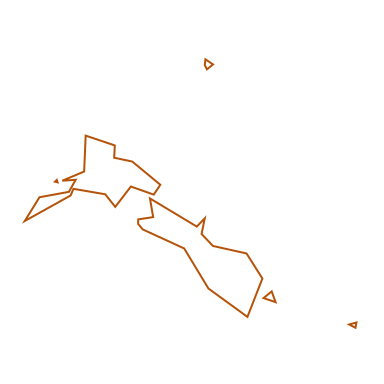 outline of New Zealand, rotated 271°
{"feature_id": "NZL", "entity_name": "New Zealand", "entity_type": "country or territory", "adm_level": 0, "iso_a3": "NZL", "parent_name": "Oceania", "parent_adm1": "", "projection": "mercator", "projection_center": [173.207, -30.558], "detail": "coarse", "context": "isolated", "style": "outline", "palette": "amber", "viewbox_px": 384, "rotation_deg": 271, "n_neighbors": 0, "source": "natural_earth", "source_scale": "50m", "svg_char_len": 747}
<svg xmlns="http://www.w3.org/2000/svg" viewBox="0 0 384 384"><g transform="rotate(271 192 192)"><path d="M166.2,153.6L184.8,150.1L157.5,197.4L165.9,205.2L150.2,202.3L138.4,213.9L131.5,247.6L106.7,263.9L68.1,249.6L95.8,210.1L135.4,185.2L153.7,143.4L159.2,138.7L163.7,138.7L166.2,153.6ZM160.1,25.3L184.1,39.6L190.0,68.9L202.2,75.5L201.0,62.1L210.6,83.8L246.5,84.7L237.2,114.0L224.9,113.6L221.4,131.7L198.7,160.2L188.7,153.8L196.4,130.8L175.8,115.5L188.2,105.3L193.1,73.4L186.4,70.7L160.1,25.3ZM87.2,265.4L94.0,273.4L83.3,277.5L87.2,265.4ZM324.9,203.1L319.9,210.8L314.9,204.8L319.1,202.6L324.9,203.1ZM62.3,351.5L64.4,358.7L59.1,357.8L62.3,351.5ZM201.7,56.6L199.3,57.4L199.9,54.8L201.7,56.6Z" fill="none" stroke="#b45309" stroke-width="2"/></g></svg>